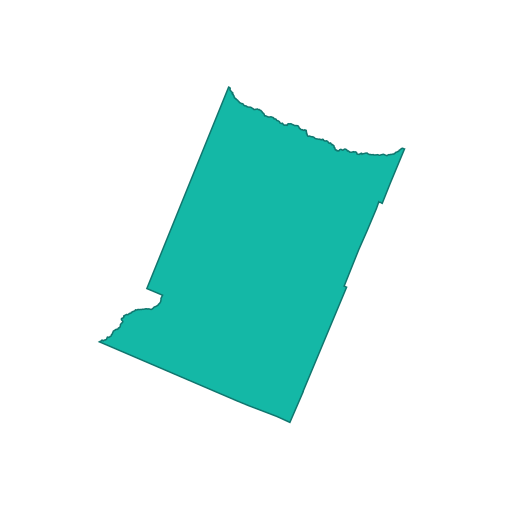 Tandil, Buenos Aires, Argentina (Albers equal-area conic projection), rotated 69°
{"feature_id": "61730980B95090625918861", "entity_name": "Tandil", "entity_type": "district", "adm_level": 2, "iso_a3": "ARG", "parent_name": "Argentina", "parent_adm1": "Buenos Aires", "projection": "albers", "projection_center": [-59.395, -37.335], "detail": "fine", "context": "isolated", "style": "filled", "palette": "teal", "viewbox_px": 512, "rotation_deg": 69, "n_neighbors": 0, "source": "geoboundaries", "source_scale": "gbopen_adm2", "svg_char_len": 6032}
<svg xmlns="http://www.w3.org/2000/svg" viewBox="0 0 512 512"><g transform="rotate(69 256 256)"><path d="M280.0,433.0L384.7,325.4L393.1,316.5L413.2,294.1L423.5,284.0L399.6,260.6L399.4,260.7L317.6,182.6L315.7,184.5L286.9,157.8L272.5,143.5L254.8,126.5L249.5,122.0L249.9,121.9L250.1,121.7L250.2,121.3L250.5,120.8L250.5,120.5L251.5,119.8L251.7,119.7L252.1,119.3L236.5,104.9L209.3,79.0L209.0,79.5L208.3,80.1L207.9,80.6L207.8,81.1L207.9,82.0L208.0,82.2L208.2,82.4L208.3,83.1L208.5,83.4L208.6,84.4L209.0,84.7L209.4,85.8L209.2,86.4L209.5,87.4L209.3,88.4L209.7,89.2L210.0,89.5L209.9,90.3L210.2,90.5L210.2,91.3L209.8,92.0L209.8,92.9L209.6,93.4L209.6,93.8L209.3,94.2L209.4,94.8L208.9,95.9L209.0,96.6L209.3,97.8L207.9,99.4L207.5,99.7L207.2,100.2L206.9,100.3L206.6,100.9L206.5,102.0L206.3,103.0L206.4,103.9L206.3,104.4L206.1,104.9L205.0,106.1L204.9,106.4L204.9,107.0L204.6,107.6L204.4,108.6L204.0,109.5L203.9,109.8L203.7,110.0L203.4,110.1L203.3,110.3L203.3,110.5L202.8,111.9L202.7,112.3L202.5,112.6L202.0,113.1L201.9,113.9L200.3,115.2L199.8,115.3L199.3,116.6L199.0,119.1L198.8,120.0L198.8,120.3L198.9,120.5L197.9,120.6L197.8,121.3L197.8,121.6L198.0,121.9L197.9,122.5L198.2,123.0L198.1,123.3L197.7,124.0L197.5,124.5L197.2,124.9L196.8,125.0L196.7,125.2L196.4,125.2L196.2,125.1L195.4,125.0L194.5,125.7L194.1,126.8L194.1,127.3L193.6,127.5L193.5,128.0L193.5,128.3L193.4,129.7L192.9,130.6L192.8,131.2L192.0,131.5L191.5,131.9L191.0,132.1L190.9,132.3L190.8,132.9L190.6,133.0L190.0,133.0L189.8,133.1L188.5,133.9L188.1,134.6L187.9,135.2L188.3,136.2L188.3,136.4L188.2,136.6L188.2,137.3L188.1,137.5L187.4,137.9L186.8,138.6L186.8,139.9L187.3,140.5L187.6,141.1L187.5,141.3L187.3,141.4L187.1,142.0L187.0,142.6L186.8,142.7L186.3,142.6L185.8,143.0L185.5,143.5L185.5,143.8L185.3,143.9L184.0,143.8L183.5,143.6L183.3,143.7L183.3,143.9L182.8,144.1L182.3,144.1L181.4,143.7L181.0,143.8L180.2,144.3L179.4,144.6L179.3,145.3L178.6,145.4L178.0,145.8L177.4,145.8L177.2,145.9L177.3,146.4L177.1,146.6L177.1,147.2L177.0,147.3L176.3,147.5L176.0,147.8L175.4,147.8L174.6,148.1L173.7,148.9L173.7,149.4L173.6,149.5L173.6,150.0L173.0,150.8L172.2,151.5L171.7,151.4L171.5,151.6L171.3,151.5L171.2,151.6L170.9,152.0L171.1,152.3L171.0,153.2L170.6,153.4L170.5,154.1L170.4,154.2L170.2,154.2L169.7,154.6L169.7,155.2L169.5,155.7L169.1,156.1L168.3,157.6L167.4,158.7L167.1,158.9L166.1,159.3L165.4,159.9L165.3,160.2L165.0,160.5L164.7,160.9L164.4,161.7L163.3,162.9L163.1,163.3L163.1,164.1L162.9,164.5L162.7,164.7L162.1,164.7L161.4,164.9L160.5,164.6L159.9,165.0L159.7,164.8L159.0,164.6L158.8,164.5L157.3,164.3L157.0,164.1L156.7,164.1L156.6,164.3L156.6,164.8L156.2,164.8L156.2,165.1L155.7,165.4L155.9,165.9L155.8,166.2L155.8,166.5L155.6,166.9L155.4,167.0L155.1,167.0L154.5,167.7L154.4,168.3L154.2,168.4L153.8,169.0L153.2,169.1L152.8,169.2L152.6,169.6L152.2,169.7L150.7,169.8L149.6,170.1L149.3,170.4L148.8,171.4L148.4,172.1L148.3,173.0L147.8,173.3L147.5,173.8L147.0,174.1L146.5,174.6L146.1,175.1L145.2,175.8L145.0,176.3L144.8,176.5L144.7,177.2L144.5,177.7L144.2,178.1L144.1,178.8L144.4,179.4L144.9,179.5L145.2,180.2L145.0,180.5L144.7,180.5L144.6,181.1L144.3,181.5L144.3,181.8L144.2,182.0L144.1,182.7L143.5,183.1L143.2,183.1L142.9,183.4L142.3,183.5L141.5,183.8L141.5,184.1L141.5,184.5L141.3,184.9L140.6,185.7L140.1,186.0L139.0,186.0L138.7,186.3L138.2,186.5L138.0,186.8L137.5,187.1L137.2,187.7L136.8,188.1L135.5,188.3L135.1,188.6L134.4,190.0L133.5,190.0L132.6,190.6L132.5,191.0L131.6,191.8L131.5,192.1L131.2,192.7L131.0,194.2L130.7,194.6L130.2,195.0L130.1,195.4L129.4,195.9L129.2,196.1L128.5,196.9L128.4,197.4L128.2,197.7L126.3,197.6L125.5,197.8L125.2,198.0L124.5,198.6L123.6,198.6L122.7,199.0L122.1,199.3L121.9,199.3L120.7,200.6L120.4,200.6L120.3,201.2L119.8,201.7L119.5,201.8L119.2,202.1L119.1,203.5L118.9,203.8L119.0,204.0L118.7,204.7L118.7,205.0L118.6,205.4L118.1,205.7L117.7,205.8L117.3,206.0L117.0,206.4L116.1,206.9L115.5,207.4L115.0,208.0L114.5,209.3L114.1,210.0L113.3,211.0L113.0,211.0L112.7,211.3L112.4,211.4L111.5,213.0L110.9,213.3L109.7,213.5L109.2,213.8L108.8,214.2L108.7,214.8L107.7,215.5L107.3,216.0L106.8,216.5L106.1,216.5L104.7,217.2L104.1,217.3L103.3,217.8L102.8,218.3L102.5,218.2L101.9,218.4L101.7,218.7L101.2,218.9L100.8,219.4L100.1,219.2L99.8,219.4L99.3,219.3L99.0,219.4L98.3,219.2L97.8,219.5L97.3,219.4L96.8,219.8L96.3,220.0L95.9,220.0L95.9,219.7L95.9,219.4L95.6,219.2L94.8,219.5L93.8,220.1L92.2,220.5L91.7,220.8L91.4,220.7L90.7,220.2L90.0,220.0L89.6,220.1L88.9,220.6L88.5,221.0L247.3,369.6L259.1,357.3L259.4,357.8L260.1,358.3L261.5,359.9L262.7,360.3L264.5,361.4L265.7,363.0L266.1,364.3L266.9,365.3L266.9,365.9L267.2,367.1L267.2,369.3L267.3,369.7L267.8,370.6L268.2,371.7L268.4,372.9L267.9,373.8L267.4,374.3L267.0,375.0L266.7,375.7L266.8,376.1L266.4,376.5L265.8,377.6L265.8,378.0L265.7,378.4L265.6,379.2L265.5,380.0L265.1,380.8L264.9,382.1L264.4,383.3L264.2,384.3L263.9,384.9L263.6,385.2L263.7,386.5L263.4,387.3L263.1,387.6L263.2,388.0L263.4,388.1L263.7,388.6L263.8,389.9L263.7,390.7L263.9,391.5L263.9,392.6L264.4,393.1L264.6,393.4L264.6,393.7L264.2,394.6L264.3,395.1L264.6,395.4L264.7,395.7L264.7,396.1L264.9,396.5L264.7,397.1L264.2,397.7L264.2,397.8L264.3,398.5L264.4,399.7L264.7,400.4L264.5,400.8L264.7,401.0L265.2,401.0L265.5,401.4L266.0,401.6L266.0,402.2L266.3,402.9L266.1,403.6L266.2,403.9L266.4,403.9L266.7,404.2L267.0,404.4L267.9,404.3L268.8,403.8L269.5,403.8L270.3,404.6L270.4,405.2L270.5,405.6L271.1,406.5L271.2,406.9L271.5,407.2L272.3,407.5L273.3,408.1L273.5,408.4L274.0,409.5L273.9,410.2L274.4,410.9L274.9,411.4L274.9,411.6L274.5,412.3L274.4,412.7L274.5,413.2L274.4,413.5L274.8,414.2L274.7,414.7L274.9,415.2L275.0,416.1L275.5,416.5L275.8,416.8L276.1,417.0L276.4,417.4L277.0,417.9L277.2,418.2L277.5,418.4L277.6,419.1L278.4,419.5L278.8,420.0L278.8,420.9L279.2,421.7L279.2,422.3L279.1,422.8L278.5,423.5L278.5,423.9L280.2,425.4L280.3,426.2L280.4,426.6L280.2,426.9L280.2,427.6L280.2,428.3L280.5,428.8L280.5,429.0L280.2,429.3L279.5,429.6L279.3,430.0L279.6,430.9L280.0,431.3L280.2,432.1L279.9,432.4L280.0,433.0Z" fill="#14b8a6" stroke="#0f766e" stroke-width="1.5"/></g></svg>